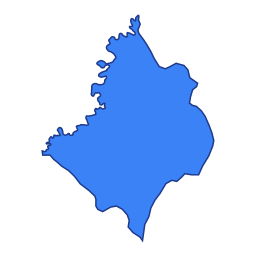 Musan, Hamgyŏng-bukto, North Korea
{"feature_id": "82179303B23816821783286", "entity_name": "Musan", "entity_type": "district", "adm_level": 2, "iso_a3": "PRK", "parent_name": "North Korea", "parent_adm1": "Hamgyŏng-bukto", "projection": "mercator", "projection_center": [129.196, 42.155], "detail": "fine", "context": "isolated", "style": "filled", "palette": "blue", "viewbox_px": 256, "rotation_deg": 0, "n_neighbors": 0, "source": "geoboundaries", "source_scale": "gbopen_adm2", "svg_char_len": 5554}
<svg xmlns="http://www.w3.org/2000/svg" viewBox="0 0 256 256"><path d="M198.6,174.8L202.6,166.0L208.7,156.0L212.7,146.1L213.8,140.6L211.9,132.9L209.0,125.2L205.1,116.3L201.3,110.8L196.4,106.4L192.4,105.3L189.5,103.1L190.6,96.5L192.6,89.8L196.6,86.5L197.6,83.2L189.8,77.7L187.9,69.9L184.0,65.5L176.1,63.3L170.1,66.6L165.2,68.8L159.3,66.6L154.4,58.9L150.6,51.1L146.7,44.5L143.8,40.1L138.9,33.4L137.9,30.1L140.2,24.1L139.8,23.3L139.6,22.5L139.3,21.7L138.5,20.4L138.6,18.9L138.9,16.5L138.8,15.8L138.7,15.5L138.4,15.4L138.1,15.4L137.8,15.6L136.7,16.8L135.9,17.5L135.8,17.9L135.6,19.0L135.6,19.4L135.7,20.0L135.7,20.4L135.4,20.8L135.0,20.9L134.6,20.8L134.0,20.2L133.6,19.7L133.2,19.2L132.4,18.7L132.0,18.6L131.6,18.7L131.4,18.8L130.9,19.6L130.8,20.3L130.8,21.3L131.1,22.5L131.5,23.6L132.3,25.0L132.4,25.4L132.4,26.1L132.3,26.3L132.0,26.4L131.2,26.5L129.7,26.4L129.5,26.7L129.5,27.0L129.7,27.6L130.1,28.2L130.8,28.7L131.4,29.0L132.0,29.4L133.0,30.8L134.6,32.1L135.0,32.6L135.1,33.1L135.1,33.8L134.9,34.5L134.6,35.0L134.1,35.2L133.9,35.2L133.0,34.8L132.0,34.2L131.2,34.1L130.5,33.5L128.8,32.9L127.5,32.6L127.2,32.8L127.1,33.6L127.2,35.2L127.1,36.2L126.8,36.7L126.6,36.9L126.3,37.0L124.6,36.3L123.0,35.4L122.1,34.0L121.7,33.8L121.0,33.4L120.3,33.4L119.8,33.7L119.4,34.3L119.1,35.5L119.0,37.1L118.9,38.0L118.7,38.7L117.9,39.3L117.4,39.5L116.7,39.7L116.0,39.6L115.5,39.3L115.1,39.1L114.8,38.0L114.4,37.4L113.8,37.0L112.6,36.8L111.8,36.9L111.4,37.2L110.2,38.6L109.0,39.8L108.8,40.2L108.8,40.7L109.7,42.5L110.0,43.5L109.9,43.9L109.6,44.1L108.1,44.9L107.0,45.9L106.8,46.3L106.6,46.9L106.4,47.8L106.5,48.0L106.9,49.1L107.3,49.6L107.7,50.0L108.4,51.0L109.0,51.3L110.3,51.6L111.0,51.8L113.1,53.3L113.8,53.9L114.4,54.6L115.8,56.9L116.0,57.3L115.8,57.8L115.2,58.7L114.4,59.4L113.0,61.7L112.6,62.0L112.3,62.2L110.6,62.9L109.2,63.3L108.3,63.4L106.6,63.9L106.0,63.6L105.5,63.1L105.2,62.7L104.0,61.7L103.5,61.4L102.2,60.8L101.3,60.6L100.9,60.6L99.7,61.0L98.3,61.7L97.4,62.5L96.9,63.1L96.9,63.3L97.0,63.8L97.4,64.4L98.0,64.8L99.0,65.3L99.8,65.8L100.8,66.8L101.2,67.5L101.9,67.8L102.5,67.9L103.8,67.6L104.2,67.2L104.7,66.4L104.9,66.0L105.8,65.3L106.6,65.0L107.6,64.9L108.2,65.0L109.3,65.7L109.4,66.0L109.4,66.7L109.1,67.4L107.6,68.9L106.8,69.6L106.7,69.9L106.7,70.3L106.5,70.6L105.8,70.9L104.3,71.3L101.0,72.6L100.6,73.0L99.5,73.7L98.9,74.3L98.9,74.5L98.8,75.0L98.6,75.6L98.7,75.8L99.1,76.3L100.2,76.9L101.4,77.2L101.7,77.1L104.6,76.5L105.5,76.1L106.1,76.3L106.4,76.7L106.5,77.1L106.5,77.4L106.3,78.1L105.7,79.3L105.0,79.7L104.8,80.0L104.8,81.1L104.7,81.7L104.2,83.0L103.8,83.6L103.2,84.1L102.8,84.3L101.6,84.6L100.7,84.7L99.2,84.7L98.1,84.5L96.1,83.6L94.8,83.6L94.1,83.7L93.0,84.2L92.7,84.5L92.2,85.1L91.9,85.6L91.8,86.4L91.8,88.2L91.7,88.9L91.7,89.3L91.6,89.9L91.7,92.0L91.4,93.0L91.3,93.9L91.3,94.4L91.5,94.9L91.8,95.4L92.4,95.9L92.9,96.1L93.3,96.1L93.7,95.8L93.9,95.3L94.2,94.9L95.2,93.0L95.3,92.9L95.8,92.8L96.9,93.1L97.2,93.1L97.9,92.8L99.2,92.7L99.9,93.6L100.6,95.1L100.6,95.5L100.2,96.0L99.8,96.6L98.7,97.2L98.1,97.6L97.9,98.0L97.6,98.6L97.6,99.1L97.9,100.0L98.0,100.7L99.1,102.2L99.6,102.8L99.7,103.9L99.9,104.3L100.3,104.8L101.0,104.9L101.7,104.9L102.5,104.4L102.9,103.9L103.2,103.7L104.0,103.4L104.8,103.4L104.9,103.5L104.7,104.4L104.5,105.7L104.5,106.3L104.7,106.7L105.2,107.1L105.3,107.3L105.4,107.7L105.2,108.2L103.5,108.9L102.8,109.0L102.1,108.7L100.7,107.6L100.0,107.4L99.4,107.6L99.1,108.5L98.7,108.8L98.2,109.0L97.2,109.2L96.7,109.2L96.7,108.7L95.9,108.5L95.4,108.8L95.1,109.2L94.9,109.6L94.8,110.1L94.8,111.0L95.4,111.7L95.6,112.6L95.7,113.3L95.9,113.9L95.8,114.1L95.6,114.4L92.4,115.4L90.6,115.8L89.1,116.0L86.6,116.0L86.3,116.1L86.2,116.3L86.2,116.9L86.0,117.4L86.0,118.1L86.2,119.0L86.9,119.9L87.1,120.5L87.3,121.5L87.9,123.1L88.5,124.2L88.5,124.4L88.4,124.5L87.8,125.0L87.3,125.2L86.8,125.2L85.5,125.1L84.4,124.9L82.5,124.8L81.7,124.7L81.2,124.7L80.7,124.8L80.2,125.2L79.8,125.5L78.1,125.6L77.2,125.9L76.6,126.2L76.4,126.7L76.8,127.1L77.0,128.4L77.5,129.1L77.6,129.5L77.5,130.2L76.8,130.8L74.9,131.6L73.5,132.6L73.0,133.3L72.9,134.1L73.0,134.7L72.9,134.9L72.5,135.1L71.4,135.2L70.1,135.2L69.5,134.7L69.3,134.3L69.3,133.8L69.2,133.7L68.6,133.5L68.3,133.5L67.0,134.6L66.0,135.1L65.1,135.2L64.1,134.8L63.3,134.2L63.0,133.7L62.9,133.1L62.8,132.0L62.6,131.1L62.3,129.9L61.8,128.8L61.2,128.1L60.2,127.6L59.5,127.6L58.9,127.9L58.6,128.2L58.0,128.9L57.4,129.9L57.6,130.5L58.2,131.4L58.6,131.9L59.4,133.5L60.0,134.8L60.1,135.2L60.0,135.4L59.8,135.6L58.9,135.7L57.8,135.3L57.6,135.3L56.6,135.7L56.2,135.8L55.8,135.7L55.1,135.3L54.1,135.2L53.8,135.6L53.7,137.2L53.5,137.6L52.9,138.0L52.4,137.9L51.8,137.0L51.5,136.9L50.9,136.8L50.5,137.1L50.2,137.5L50.1,137.8L49.1,139.2L49.1,139.8L49.4,141.0L49.4,141.6L49.3,141.9L49.1,142.1L48.9,142.2L47.5,142.4L47.2,142.5L46.4,143.0L46.3,143.3L46.3,143.7L46.6,143.9L49.8,143.7L50.3,143.8L50.7,144.0L50.8,144.4L50.6,144.6L50.5,144.9L50.4,145.1L50.0,145.4L49.1,145.4L48.8,145.6L48.3,145.7L47.9,146.0L47.8,146.4L47.8,147.1L48.0,147.5L48.5,148.2L48.5,148.8L48.2,149.1L47.4,149.5L46.7,149.6L46.4,149.8L46.1,150.2L46.1,151.0L44.8,151.7L44.2,151.7L43.0,151.0L42.2,150.9L42.7,155.1L50.0,155.1L53.9,159.5L56.8,161.8L61.7,166.2L68.6,170.6L74.4,176.2L80.3,183.9L89.1,190.6L94.9,196.1L95.9,199.4L95.9,206.0L97.8,209.4L102.7,211.6L110.6,207.1L116.5,206.0L122.4,209.3L127.3,214.9L129.2,220.4L128.2,227.0L133.1,232.6L139.9,237.0L142.5,240.6L144.8,224.4L148.8,216.7L150.9,207.9L154.9,200.2L159.9,193.6L165.9,183.6L171.9,180.3L176.8,181.4L181.8,177.0L184.8,173.7L191.7,174.8L198.6,174.8Z" fill="#3b82f6" stroke="#1e3a8a" stroke-width="1.5"/></svg>